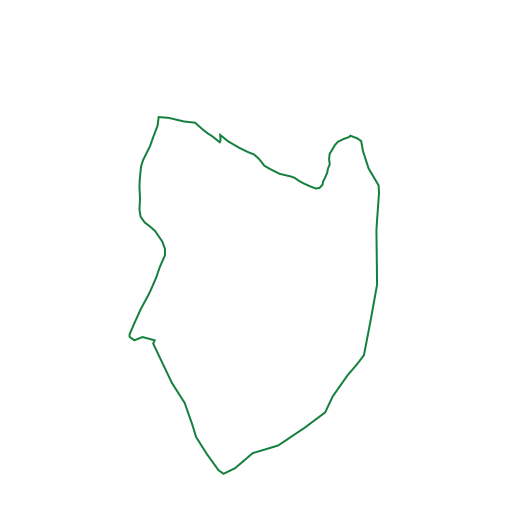 the district of Nyenawliken, River Gee, Liberia, rotated 146°
{"feature_id": "62588387B90652682225930", "entity_name": "Nyenawliken", "entity_type": "district", "adm_level": 2, "iso_a3": "LBR", "parent_name": "Liberia", "parent_adm1": "River Gee", "projection": "natural_earth1", "projection_center": [-7.985, 5.129], "detail": "fine", "context": "isolated", "style": "outline", "palette": "green", "viewbox_px": 512, "rotation_deg": 146, "n_neighbors": 0, "source": "geoboundaries", "source_scale": "gbopen_adm2", "svg_char_len": 1559}
<svg xmlns="http://www.w3.org/2000/svg" viewBox="0 0 512 512"><g transform="rotate(146 256 256)"><path d="M218.0,376.3L219.1,374.4L220.8,371.7L222.5,370.6L225.3,379.7L227.7,385.3L229.5,391.0L232.0,400.6L240.6,407.9L251.2,419.4L259.0,425.6L264.6,419.2L272.2,413.8L275.2,411.7L282.0,406.6L295.6,398.9L296.1,398.6L301.0,394.7L309.1,385.1L313.7,378.9L320.0,368.6L326.8,359.4L328.1,356.6L329.7,353.0L329.5,345.9L327.6,340.4L325.7,333.4L325.6,320.4L327.5,312.7L331.2,307.4L342.0,300.6L347.8,296.2L350.1,294.4L360.9,287.5L365.6,284.6L380.9,276.6L394.1,268.5L404.7,261.7L406.0,259.6L404.0,254.2L395.3,252.2L387.2,242.8L390.2,240.9L393.2,221.2L396.7,197.7L397.3,174.1L402.3,155.0L402.7,153.4L402.9,152.5L406.9,139.4L407.5,119.1L407.5,118.2L407.4,117.2L407.3,112.8L406.9,99.4L404.7,93.6L392.0,91.8L368.9,94.4L343.5,86.5L327.2,86.5L311.9,86.4L286.0,87.7L282.2,90.0L277.5,92.8L270.7,96.8L246.5,106.0L232.4,109.9L223.8,112.8L221.9,113.5L195.9,139.6L171.7,164.5L159.1,183.6L158.8,184.1L142.1,209.5L141.1,210.9L134.2,219.8L118.8,239.4L114.9,246.0L113.7,265.6L108.6,283.3L104.5,292.5L106.4,297.1L110.5,302.9L112.4,302.6L118.3,304.1L121.4,304.5L124.2,304.9L128.4,303.9L133.4,301.5L137.7,299.6L141.2,295.5L143.6,290.8L147.5,288.2L150.5,285.2L154.3,282.7L158.6,280.3L161.0,277.9L165.4,276.9L168.8,278.6L171.9,283.1L175.1,288.2L175.6,288.9L178.6,294.9L180.5,299.6L183.3,303.2L190.5,310.9L195.7,320.2L198.6,326.2L199.2,334.7L200.8,341.2L204.9,347.2L208.1,352.8L209.4,355.1L210.7,357.8L214.9,366.4L216.3,370.9L218.0,376.3Z" fill="none" stroke="#15803d" stroke-width="2"/></g></svg>